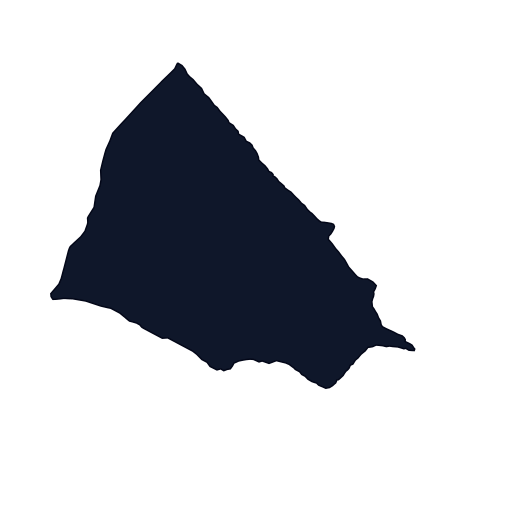 Abassiya, South Kordufan, Sudan, rotated 298°
{"feature_id": "16777658B19857105557319", "entity_name": "Abassiya", "entity_type": "district", "adm_level": 2, "iso_a3": "SDN", "parent_name": "Sudan", "parent_adm1": "South Kordufan", "projection": "robinson", "projection_center": [31.282, 12.232], "detail": "fine", "context": "isolated", "style": "filled", "palette": "ink", "viewbox_px": 512, "rotation_deg": 298, "n_neighbors": 0, "source": "geoboundaries", "source_scale": "gbopen_adm2", "svg_char_len": 3746}
<svg xmlns="http://www.w3.org/2000/svg" viewBox="0 0 512 512"><g transform="rotate(298 256 256)"><path d="M389.2,96.2L387.1,96.2L385.5,96.3L383.1,96.4L377.9,94.8L369.6,92.1L365.6,90.8L364.3,90.5L358.4,88.7L355.7,87.9L349.8,86.1L337.0,82.2L328.3,80.0L314.4,76.4L309.3,75.0L307.4,74.5L297.2,71.9L292.8,72.5L289.2,73.0L279.7,73.6L275.8,74.4L274.1,74.8L268.0,76.2L258.8,78.6L250.6,83.4L245.0,85.2L233.6,86.4L223.0,90.2L212.0,89.4L210.4,89.5L208.3,90.8L206.6,91.8L204.9,92.3L199.4,93.1L197.7,93.4L190.7,92.3L181.3,89.0L181.1,88.9L180.8,88.9L178.4,88.0L177.1,87.6L175.4,87.6L172.6,88.0L167.2,89.3L154.4,92.4L152.0,92.9L149.6,93.5L144.4,94.7L138.6,95.2L128.6,93.0L127.1,92.7L126.5,92.5L124.0,94.1L122.5,96.7L122.4,97.0L122.9,97.9L123.9,99.6L126.2,103.1L128.0,105.6L129.0,107.4L130.3,110.3L132.2,114.2L133.9,119.4L136.3,126.7L138.1,137.2L138.9,141.9L139.0,142.4L139.5,144.4L140.0,146.2L140.8,149.3L141.6,151.9L141.7,152.2L141.7,154.7L141.7,159.0L141.7,159.8L141.7,162.6L140.7,167.5L140.6,168.1L140.3,169.7L140.1,170.3L139.7,172.2L139.4,173.6L139.2,174.8L139.2,175.0L139.9,177.8L140.5,180.8L140.6,181.4L140.8,181.9L140.7,183.1L140.7,183.8L140.7,185.7L140.5,186.3L140.2,186.9L139.5,188.8L139.5,190.6L139.4,190.6L139.4,191.2L139.4,211.8L142.3,216.5L142.3,244.8L141.4,249.9L139.2,256.8L139.2,262.7L136.9,267.3L137.1,275.0L139.8,277.8L139.6,281.4L142.3,283.7L144.3,286.3L147.9,286.8L151.1,286.8L153.1,288.4L155.1,289.9L158.1,293.5L160.1,296.1L162.1,299.1L163.5,302.2L163.7,305.0L163.9,308.4L166.2,310.7L167.3,317.9L169.2,319.6L173.2,323.1L175.6,332.6L175.7,334.4L175.9,336.1L175.4,339.2L175.0,342.0L174.3,344.0L174.3,346.7L174.3,348.9L172.9,352.0L172.9,354.0L172.9,355.8L172.2,358.0L171.6,359.7L171.4,364.3L171.9,367.4L172.3,369.2L171.8,370.6L171.4,372.0L171.6,374.5L171.8,376.4L171.9,378.2L172.0,379.7L173.4,381.4L174.3,382.6L176.2,383.7L177.4,384.4L178.8,384.9L179.9,385.3L181.3,385.9L182.8,385.8L184.6,385.6L185.5,386.9L187.6,387.7L188.8,388.1L191.4,389.0L193.4,389.1L194.6,389.2L196.6,389.5L198.4,390.3L200.4,390.8L202.0,390.7L203.8,390.5L206.1,392.3L208.4,392.4L210.8,392.6L213.9,393.9L216.6,394.4L218.7,394.9L220.9,395.8L223.4,396.9L225.6,397.3L227.9,397.7L229.6,400.1L230.8,401.6L232.3,402.7L233.8,403.9L235.1,407.0L236.3,410.0L237.2,413.6L239.2,416.2L240.3,419.3L241.4,421.8L242.3,423.9L243.0,427.2L243.5,430.1L244.8,431.6L244.7,433.7L244.6,435.2L245.7,437.8L246.8,440.1L248.4,439.8L248.9,438.5L250.5,435.7L250.7,433.4L250.5,427.8L252.3,427.0L253.4,425.2L254.1,422.6L253.4,418.0L253.4,413.4L252.9,404.9L252.9,400.8L254.1,398.7L257.0,396.4L259.0,393.1L261.5,390.3L263.1,387.4L264.6,385.1L265.8,382.6L270.1,379.7L273.0,379.0L275.5,378.7L277.9,377.9L279.5,376.6L283.1,376.6L286.3,376.1L287.9,371.5L288.1,365.3L285.8,361.2L285.2,357.6L285.2,355.1L286.3,352.0L287.9,347.9L289.7,343.0L291.9,339.7L294.4,335.8L296.2,331.4L298.4,326.8L299.8,323.0L302.5,317.6L304.7,311.9L307.9,310.8L310.4,311.6L313.5,311.9L316.9,311.9L318.9,311.4L320.3,309.6L320.1,307.3L318.9,303.7L317.8,300.6L316.5,297.8L316.7,295.4L317.4,292.4L318.7,288.8L319.8,285.4L320.1,282.9L321.2,279.3L323.4,275.2L323.9,271.3L325.5,267.4L326.6,263.3L327.5,260.5L328.8,256.9L329.1,253.1L329.7,249.2L330.9,247.9L331.8,244.1L332.4,241.0L334.0,238.2L334.7,235.6L334.7,233.3L336.0,232.8L336.9,230.5L336.7,227.6L338.3,225.3L339.9,221.5L340.8,217.4L342.1,213.3L344.4,211.7L346.9,208.9L348.7,206.1L350.0,202.7L352.0,200.4L352.9,197.3L352.7,193.5L355.2,189.8L355.4,183.4L357.7,181.6L358.6,178.2L360.6,174.6L361.0,169.5L362.6,167.7L364.4,163.6L366.9,156.1L368.9,152.0L369.4,148.4L371.6,144.1L373.6,140.0L374.8,134.0L378.4,129.2L379.9,123.3L382.2,117.6L383.1,113.2L384.4,109.7L387.6,105.5L389.4,101.2L389.5,98.7L389.6,97.1L389.3,97.1L389.2,96.2Z" fill="#0f172a" stroke="#020617" stroke-width="1.5"/></g></svg>